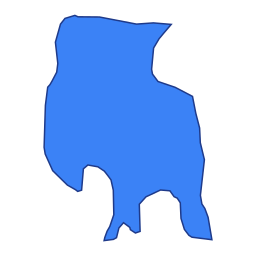 outline of Samayac, Suchitepéquez, Guatemala
{"feature_id": "79465075B7655458484390", "entity_name": "Samayac", "entity_type": "district", "adm_level": 2, "iso_a3": "GTM", "parent_name": "Guatemala", "parent_adm1": "Suchitepéquez", "projection": "natural_earth1", "projection_center": [-91.468, 14.571], "detail": "fine", "context": "isolated", "style": "filled", "palette": "blue", "viewbox_px": 256, "rotation_deg": 0, "n_neighbors": 0, "source": "geoboundaries", "source_scale": "gbopen_adm2", "svg_char_len": 951}
<svg xmlns="http://www.w3.org/2000/svg" viewBox="0 0 256 256"><path d="M104.1,240.6L113.4,239.4L116.5,237.7L118.9,228.0L123.5,222.7L129.8,227.4L130.4,229.7L135.4,233.0L140.1,231.4L139.3,204.2L146.0,196.8L160.5,190.0L169.9,190.8L174.1,196.7L177.2,198.1L180.3,202.8L181.0,218.4L184.4,229.4L188.9,235.3L191.9,237.2L211.9,239.7L208.1,217.3L204.9,208.6L201.9,204.0L200.4,195.4L204.4,159.7L200.3,142.7L199.6,128.0L195.8,113.3L192.5,96.4L175.1,87.3L158.0,81.5L152.5,74.1L151.6,69.3L153.6,48.0L159.1,38.7L161.7,35.6L163.6,33.3L171.2,24.4L153.4,22.9L136.5,24.1L99.4,17.0L78.0,16.8L74.9,15.4L65.0,18.4L60.5,24.1L55.4,42.2L57.8,63.5L56.7,72.2L52.2,80.8L50.0,84.6L47.7,87.2L45.4,105.3L44.1,147.3L45.2,154.0L52.7,170.7L67.4,185.1L75.5,189.7L77.7,191.4L81.6,190.2L83.4,168.8L87.9,165.0L97.9,166.8L104.3,171.1L107.7,175.4L111.0,179.9L113.3,190.2L113.8,214.7L109.8,226.5L107.1,231.2L104.8,237.5L104.1,240.6Z" fill="#3b82f6" stroke="#1e3a8a" stroke-width="1.5"/></svg>